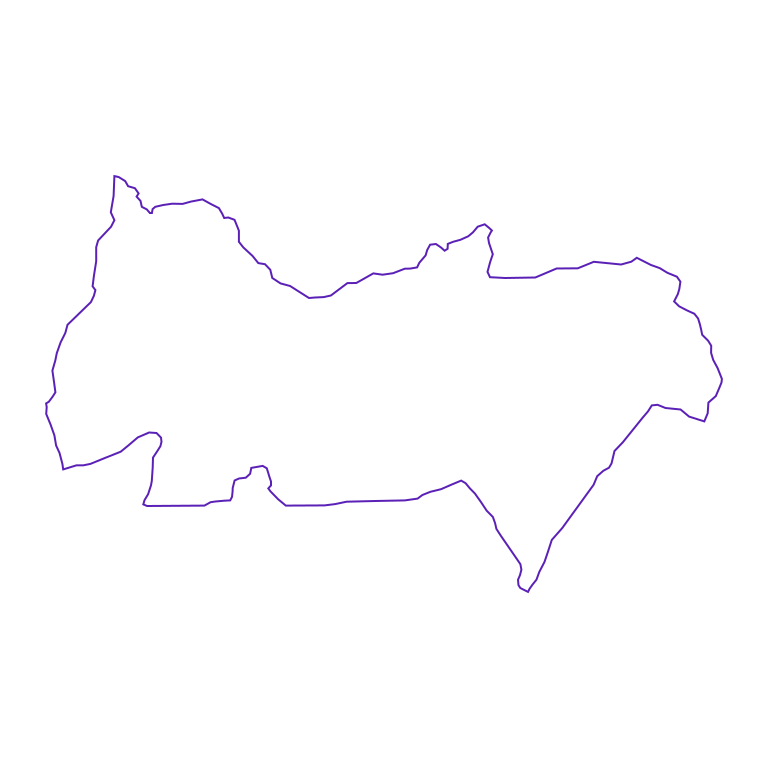 Santa Rosa, Canelones, Uruguay
{"feature_id": "84410073B29555831228815", "entity_name": "Santa Rosa", "entity_type": "district", "adm_level": 2, "iso_a3": "URY", "parent_name": "Uruguay", "parent_adm1": "Canelones", "projection": "albers", "projection_center": [-56.067, -34.521], "detail": "fine", "context": "isolated", "style": "outline", "palette": "violet", "viewbox_px": 768, "rotation_deg": 0, "n_neighbors": 0, "source": "geoboundaries", "source_scale": "gbopen_adm2", "svg_char_len": 2917}
<svg xmlns="http://www.w3.org/2000/svg" viewBox="0 0 768 768"><path d="M721.9,378.9L717.6,368.1L713.2,359.9L711.1,352.9L711.2,345.7L708.1,340.7L702.2,334.8L701.1,329.4L699.8,324.0L698.1,318.5L694.4,313.8L686.6,310.2L679.1,306.3L674.1,301.4L677.8,294.2L679.3,289.1L680.4,281.7L676.9,276.7L667.4,272.8L659.7,268.1L651.0,265.0L636.8,257.8L631.3,261.7L621.1,264.5L593.8,261.8L577.8,268.3L556.6,268.5L535.3,277.5L505.1,278.0L490.0,277.2L487.5,271.9L490.1,262.2L492.8,254.2L489.0,243.0L488.1,237.5L490.5,232.7L491.9,230.5L489.0,227.8L484.7,224.3L477.7,226.7L472.9,232.4L468.2,236.3L460.4,239.8L453.1,241.8L447.8,243.9L447.6,248.8L444.6,250.7L440.9,247.4L435.9,244.0L430.1,244.7L427.2,250.0L425.6,255.4L419.3,262.8L417.1,267.4L410.1,268.6L404.8,268.7L393.1,273.2L382.6,274.7L373.3,273.4L356.3,283.0L347.4,283.1L330.9,295.5L323.7,297.1L315.1,297.5L309.0,298.0L300.0,292.3L290.1,286.0L280.5,283.4L272.3,278.0L270.3,269.8L265.0,264.2L258.3,263.1L252.6,256.0L243.3,247.4L238.9,241.8L238.9,230.7L236.4,224.4L234.5,219.8L228.3,217.5L224.2,218.0L222.2,213.7L218.9,208.1L211.0,204.1L202.5,199.4L190.9,201.6L182.6,203.9L172.2,203.7L163.2,205.0L155.3,206.8L152.6,209.1L151.9,213.0L149.9,213.0L146.8,209.4L141.8,206.8L140.5,200.9L136.6,196.6L138.6,193.4L134.9,188.2L128.1,186.2L125.2,181.1L118.8,177.1L114.4,176.1L113.6,196.0L110.8,212.3L114.4,220.2L111.0,226.8L98.1,240.5L96.2,247.2L96.2,261.2L93.9,276.0L92.6,286.3L95.4,290.1L93.9,295.8L90.9,302.1L67.5,324.8L65.3,333.0L60.6,342.4L56.8,353.1L55.3,360.5L52.4,370.6L54.0,381.8L55.4,392.3L52.6,396.7L48.8,401.8L46.1,403.4L46.7,407.1L46.2,413.9L50.7,424.9L54.4,435.4L56.1,445.5L59.5,452.9L62.4,463.9L63.2,469.4L76.6,465.3L83.5,465.3L90.4,463.9L105.1,457.9L120.7,451.7L128.3,445.5L137.8,437.4L149.1,432.5L156.5,433.0L161.0,437.6L161.5,441.8L160.4,446.2L157.3,451.1L153.0,457.6L152.7,467.6L151.8,480.9L151.0,485.3L148.1,494.2L144.5,500.2L143.3,504.4L147.1,506.0L204.4,505.6L210.6,502.2L215.4,501.5L224.2,500.7L230.2,500.4L232.0,496.9L232.6,491.4L232.7,488.0L234.6,480.5L239.0,478.5L245.8,477.7L250.1,473.8L251.3,467.9L262.7,465.9L266.8,468.3L268.2,472.8L269.3,476.5L271.0,481.5L271.0,485.4L268.3,488.4L270.5,491.4L278.2,499.3L285.8,505.6L324.5,505.4L335.1,504.1L346.6,501.7L375.3,501.0L404.9,500.4L417.6,498.6L422.4,495.0L430.4,491.8L441.0,489.2L451.8,484.5L461.2,480.6L465.6,483.2L469.9,488.4L474.9,493.5L480.8,501.8L486.7,510.7L492.9,517.0L495.1,523.2L496.4,528.9L500.8,535.7L514.3,555.3L520.4,564.2L521.4,569.7L520.0,575.1L518.0,579.8L518.5,585.2L520.3,588.0L528.0,591.9L529.6,588.7L532.6,584.5L536.5,579.6L539.3,571.9L544.5,561.9L547.6,552.8L551.8,539.9L562.2,528.1L593.6,484.8L597.2,476.2L603.3,470.8L609.0,467.7L611.5,463.5L612.9,457.7L614.5,451.0L622.8,442.3L642.7,417.6L648.0,411.4L651.8,405.4L657.6,404.8L665.5,408.0L680.6,409.5L689.1,416.6L704.3,421.4L707.7,413.3L708.4,402.6L715.8,396.1L719.3,387.9L721.5,382.5L721.9,378.9Z" fill="none" stroke="#5b21b6" stroke-width="2"/></svg>